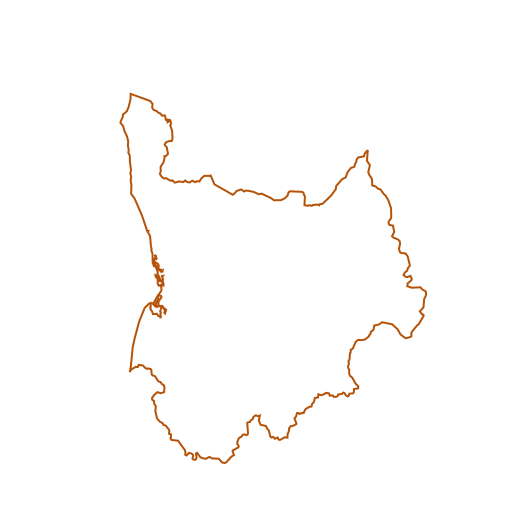 map outline of Bahia (Natural Earth projection), rotated 164°
{"feature_id": "BRA-624", "entity_name": "Bahia", "entity_type": "State", "adm_level": 1, "iso_a3": "BRA", "parent_name": "Brazil", "parent_adm1": "", "projection": "natural_earth1", "projection_center": [-41.603, -13.426], "detail": "fine", "context": "isolated", "style": "outline", "palette": "amber", "viewbox_px": 512, "rotation_deg": 164, "n_neighbors": 0, "source": "natural_earth", "source_scale": "10m", "svg_char_len": 6066}
<svg xmlns="http://www.w3.org/2000/svg" viewBox="0 0 512 512"><g transform="rotate(164 256 256)"><path d="M402.4,182.6L407.6,181.1L409.4,179.2L407.0,183.7L399.6,202.4L395.1,210.7L386.3,225.3L377.3,236.8L371.8,239.8L370.2,239.9L371.1,236.6L371.8,236.0L372.1,236.8L371.6,234.7L372.1,233.5L371.2,231.7L371.0,228.5L367.1,227.7L366.4,225.2L364.9,224.3L365.0,222.6L364.2,223.9L363.8,226.8L363.0,228.1L363.4,229.0L361.1,232.9L359.9,232.5L359.2,231.3L358.6,228.5L359.8,226.6L359.3,225.8L357.2,229.0L359.1,231.7L359.6,233.5L360.4,234.1L361.4,233.4L361.9,234.3L363.9,234.4L363.0,235.9L362.8,237.9L361.8,239.6L358.2,242.4L358.3,243.9L361.1,244.9L356.4,248.9L355.6,251.9L356.2,253.8L353.3,253.5L353.3,252.2L352.6,254.8L352.6,257.6L351.8,259.3L351.8,261.8L350.8,262.6L351.7,262.8L352.0,262.2L351.9,260.3L352.6,258.5L353.4,258.1L354.2,258.6L354.9,260.3L354.6,262.1L355.7,265.5L354.9,267.8L355.3,271.8L354.5,271.8L353.6,271.0L352.8,268.9L351.7,268.1L351.6,267.0L350.2,266.8L349.7,267.9L350.8,267.4L350.8,268.7L352.2,269.6L353.5,272.0L354.8,272.8L354.3,273.5L352.4,273.0L352.1,274.0L352.5,275.7L354.7,277.6L355.2,280.5L353.6,281.2L352.8,280.5L352.2,281.1L352.6,282.0L352.1,283.6L353.2,285.0L352.5,282.4L356.0,280.7L355.5,277.6L356.1,276.7L354.9,275.5L355.8,274.1L356.9,274.2L357.1,278.3L354.9,286.4L355.0,290.3L354.4,291.6L354.3,294.3L352.3,304.4L353.4,309.0L352.7,309.7L353.7,309.9L354.4,326.1L356.9,344.9L358.9,350.3L356.2,358.5L355.7,363.1L354.1,366.6L354.1,369.9L352.5,372.9L351.2,381.5L349.7,387.1L350.2,390.6L349.2,392.9L348.6,397.8L347.3,401.2L347.0,406.3L348.0,412.4L347.9,417.4L349.6,421.3L349.1,422.5L345.5,426.8L345.0,428.6L340.3,430.7L337.6,434.0L333.4,441.3L331.8,446.4L314.9,434.1L313.5,430.6L314.9,427.4L314.2,424.7L311.4,422.5L310.5,420.8L308.7,419.4L307.6,416.7L305.0,416.4L304.7,415.1L305.2,412.1L304.6,411.1L303.7,411.6L303.3,411.1L304.0,409.0L302.7,409.3L301.8,410.8L300.9,410.1L301.2,406.6L302.5,405.0L302.1,399.6L303.9,391.8L305.4,389.7L307.6,390.4L310.9,390.2L313.0,388.6L313.0,387.5L311.8,385.1L312.4,378.5L314.7,377.1L316.6,377.1L316.8,375.5L319.3,371.3L323.1,368.1L324.2,363.8L325.8,361.2L325.0,358.6L323.4,356.0L321.1,355.7L317.8,352.3L316.9,351.7L315.6,351.9L313.8,348.9L309.5,348.9L305.5,347.1L303.2,348.1L301.9,346.2L299.7,345.0L296.4,345.9L294.3,343.8L291.7,344.1L289.9,343.2L287.1,345.6L283.5,347.3L278.3,345.7L277.4,345.9L276.2,336.3L261.5,321.3L259.8,321.8L256.8,323.8L252.1,324.1L249.5,321.2L248.0,321.7L245.5,320.9L240.7,318.3L236.1,314.5L233.4,314.4L225.4,307.3L223.3,304.6L216.5,302.8L212.4,303.5L209.0,305.4L207.1,308.3L205.4,308.8L194.1,305.0L193.0,303.8L193.0,301.6L192.5,300.0L195.4,291.4L192.3,290.0L190.3,290.0L188.5,288.8L187.4,289.3L183.0,288.6L181.3,287.4L180.5,288.2L177.7,287.8L166.8,293.6L160.8,298.3L160.0,300.6L159.3,301.4L152.0,306.1L148.2,306.8L144.8,311.4L140.7,314.4L136.9,314.7L135.3,317.3L133.7,318.7L132.9,320.7L130.7,322.6L124.8,322.0L123.3,324.4L120.1,326.6L119.6,326.3L123.1,317.0L121.5,311.9L125.0,305.7L124.6,302.2L123.3,298.1L124.8,291.8L122.0,290.1L120.2,287.1L117.9,285.5L116.4,281.0L114.7,278.1L113.4,273.0L113.0,264.8L114.9,257.4L115.8,255.0L119.0,252.6L119.5,250.7L119.2,249.1L116.0,247.5L116.5,241.1L119.8,237.4L119.0,236.0L115.0,232.8L113.8,230.7L114.1,228.1L116.6,223.5L116.5,219.9L115.5,218.8L111.5,217.2L110.3,213.7L110.7,204.3L113.2,202.6L114.7,200.3L117.5,199.0L119.4,197.1L118.3,195.2L116.5,194.0L113.0,194.3L112.6,190.9L113.5,189.8L117.8,187.8L118.9,185.3L115.3,182.7L106.6,180.6L105.2,177.7L102.9,175.7L102.6,174.3L102.9,172.8L103.9,170.7L106.1,168.5L109.2,160.4L113.8,157.6L112.4,154.1L111.3,153.5L111.4,152.2L118.5,145.5L120.2,144.9L126.7,140.5L127.9,139.1L128.7,136.2L129.5,135.6L134.7,135.6L135.4,136.3L138.7,140.8L140.1,146.6L143.9,152.8L152.9,157.5L156.7,156.3L161.4,156.6L163.4,152.7L166.5,151.4L167.4,149.6L168.9,148.8L169.8,147.5L174.2,145.7L177.8,146.0L180.8,147.2L183.7,146.1L188.5,140.3L190.9,139.7L191.4,137.5L192.5,136.5L194.7,130.7L196.2,129.2L196.3,127.0L197.9,124.7L198.2,123.0L197.7,120.9L198.8,117.6L198.7,115.1L197.0,112.5L195.5,106.0L193.6,102.6L194.3,100.6L198.4,101.1L199.5,98.1L200.6,97.2L204.2,97.9L205.4,96.1L206.5,95.7L207.9,97.2L208.9,100.1L209.8,100.7L211.4,99.7L215.3,100.2L215.9,99.0L217.7,98.5L220.2,99.3L220.7,100.9L223.6,101.4L223.7,103.8L226.5,105.2L227.8,104.5L230.7,104.2L232.4,104.6L234.1,105.9L235.4,102.9L238.6,103.3L240.5,99.8L242.7,98.5L244.2,96.0L246.0,96.3L249.9,95.4L251.3,94.6L253.4,92.0L254.3,92.5L255.1,92.0L256.5,92.6L257.6,92.1L259.1,93.7L259.9,93.7L261.7,90.7L263.8,89.3L263.3,83.9L263.7,83.2L267.7,82.5L269.6,82.9L271.6,81.4L272.6,78.7L274.8,75.9L275.9,72.7L278.3,73.8L283.5,72.6L284.8,73.2L285.3,75.6L288.4,75.2L289.2,77.2L290.2,77.6L290.9,77.2L292.0,78.4L291.8,84.9L293.0,87.1L293.2,89.8L298.1,92.5L298.6,97.3L296.3,101.5L297.6,101.3L300.5,102.9L303.1,101.9L304.0,100.2L306.6,99.3L307.5,98.1L309.4,98.4L310.5,97.9L312.5,88.0L313.3,86.7L314.6,86.4L316.4,87.7L317.8,87.9L319.8,86.4L322.7,85.6L325.3,82.3L325.8,80.4L325.0,78.1L325.6,76.9L332.0,75.5L332.4,74.0L332.0,70.7L334.8,70.0L341.6,65.8L343.0,65.6L345.5,66.9L347.7,71.4L354.1,73.6L356.1,75.7L359.9,74.9L361.8,75.6L364.9,77.8L366.9,83.0L368.1,82.8L368.8,78.4L369.6,77.3L370.8,76.9L372.3,77.6L372.9,78.6L371.3,81.9L372.4,83.9L374.7,85.2L377.7,83.4L378.8,84.4L377.9,86.9L377.9,89.0L381.8,99.9L388.0,102.5L388.5,104.4L387.8,105.1L386.9,107.9L388.6,109.1L387.4,112.1L387.5,112.9L389.5,117.8L391.6,119.3L391.7,120.8L394.3,123.6L395.9,127.1L395.5,134.6L393.7,139.2L394.5,141.7L394.1,144.9L395.3,146.3L395.2,148.1L392.5,150.3L388.4,152.3L385.3,150.3L381.9,150.5L380.2,154.7L380.2,157.1L382.0,159.3L382.3,160.8L384.6,162.7L386.1,168.1L388.6,170.1L388.8,171.3L388.0,175.5L388.5,176.5L390.8,177.7L391.7,177.5L393.2,178.7L394.9,181.9L398.8,183.7L400.3,181.8L402.4,182.6ZM353.6,254.5L357.8,254.4L358.1,256.9L356.8,260.9L358.2,264.1L357.9,265.4L357.3,264.8L356.3,264.9L355.3,262.6L355.7,258.6L353.1,257.1L353.6,254.5ZM366.6,235.1L368.4,238.8L366.6,239.8L361.8,244.5L361.6,241.5L365.7,237.8L365.2,237.3L365.6,236.4L364.8,234.6L365.2,234.4L366.6,235.1Z" fill="none" stroke="#b45309" stroke-width="2"/></g></svg>